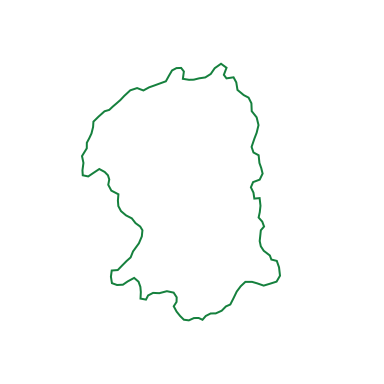 the district of Queluzito, Minas Gerais, Brazil, rotated 36°
{"feature_id": "56859067B25947012466154", "entity_name": "Queluzito", "entity_type": "district", "adm_level": 2, "iso_a3": "BRA", "parent_name": "Brazil", "parent_adm1": "Minas Gerais", "projection": "robinson", "projection_center": [-43.889, -20.731], "detail": "fine", "context": "isolated", "style": "outline", "palette": "green", "viewbox_px": 384, "rotation_deg": 36, "n_neighbors": 0, "source": "geoboundaries", "source_scale": "gbopen_adm2", "svg_char_len": 1863}
<svg xmlns="http://www.w3.org/2000/svg" viewBox="0 0 384 384"><g transform="rotate(36 192 192)"><path d="M180.8,312.8L186.0,311.3L190.6,307.6L192.5,302.2L195.7,295.5L201.5,296.0L206.0,299.1L209.4,303.0L213.0,308.5L218.0,306.1L217.3,301.5L219.8,296.5L225.0,293.1L230.0,287.0L236.3,284.2L241.5,286.2L244.1,290.0L244.4,295.2L249.8,297.8L255.3,299.3L260.5,300.1L264.9,297.7L267.7,292.8L271.5,290.0L275.6,289.2L276.0,284.2L278.5,279.3L282.6,276.2L285.8,270.6L286.7,264.6L289.1,260.5L288.1,254.0L286.7,246.2L286.8,239.6L288.0,233.3L293.4,229.4L298.4,227.6L305.0,225.6L309.2,220.1L313.1,214.8L312.4,208.0L306.7,201.8L301.1,197.9L295.9,200.0L292.3,197.6L284.6,197.4L279.6,195.5L275.6,191.9L272.9,187.2L270.2,182.5L270.6,177.6L266.3,174.7L260.9,173.5L258.7,168.5L255.5,162.9L250.3,157.2L246.3,160.7L242.1,156.4L236.9,153.6L235.6,148.1L239.5,142.2L238.3,135.6L233.9,131.9L229.5,128.9L224.3,123.1L218.5,123.9L213.7,120.5L211.1,112.1L209.5,106.1L206.5,98.8L200.4,93.6L192.8,91.5L187.9,85.3L182.3,82.4L176.9,83.2L168.8,82.7L163.4,77.3L158.2,74.8L153.1,79.8L148.9,78.5L146.9,71.2L140.1,71.2L137.6,78.5L137.8,85.5L135.4,91.5L131.0,95.8L127.4,100.1L123.6,103.0L118.1,105.8L114.6,99.3L110.3,98.0L106.6,100.9L104.4,105.4L105.0,111.4L105.8,117.8L102.4,122.8L98.7,128.3L95.8,132.5L93.0,138.4L86.5,140.2L82.3,146.0L80.7,154.1L80.0,159.6L78.9,164.5L77.7,169.5L76.8,174.2L73.8,178.1L72.1,185.9L70.9,193.0L73.8,197.6L76.3,203.8L77.3,209.1L78.0,214.0L81.2,218.5L81.9,227.6L87.1,232.3L90.6,238.8L93.8,242.7L98.9,240.4L101.0,234.6L103.5,227.9L109.6,227.1L114.2,227.9L117.7,230.5L120.0,235.4L125.9,238.3L133.8,237.1L137.1,242.5L140.7,246.7L145.8,249.2L152.4,249.7L158.8,248.7L164.7,250.4L170.4,250.4L174.4,252.1L177.5,257.4L179.2,264.7L179.2,274.7L180.8,281.0L179.6,286.5L178.7,292.5L177.8,298.8L173.2,302.7L176.2,308.2L180.8,312.8Z" fill="none" stroke="#15803d" stroke-width="2"/></g></svg>